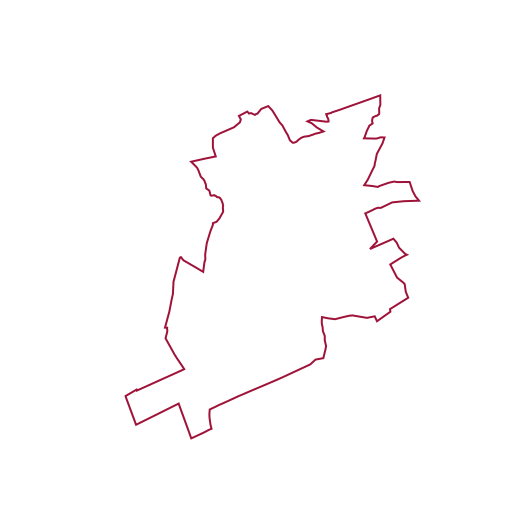 Cantamayec, Yucatán, Mexico (Equal Earth projection), rotated 62°
{"feature_id": "50627088B95910287491923", "entity_name": "Cantamayec", "entity_type": "district", "adm_level": 2, "iso_a3": "MEX", "parent_name": "Mexico", "parent_adm1": "Yucatán", "projection": "equal_earth", "projection_center": [-89.083, 20.414], "detail": "fine", "context": "isolated", "style": "outline", "palette": "rose", "viewbox_px": 512, "rotation_deg": 62, "n_neighbors": 0, "source": "geoboundaries", "source_scale": "gbopen_adm2", "svg_char_len": 4514}
<svg xmlns="http://www.w3.org/2000/svg" viewBox="0 0 512 512"><g transform="rotate(62 256 256)"><path d="M188.6,80.8L187.8,80.2L187.5,80.0L186.1,79.3L183.4,78.0L181.0,75.3L172.5,70.9L166.2,113.6L164.8,121.7L165.0,122.2L164.1,126.1L163.7,127.4L164.5,127.6L165.4,127.5L165.9,127.6L166.3,127.8L167.0,127.9L167.8,127.8L168.5,127.9L169.0,127.9L170.2,128.3L170.9,128.6L171.3,128.8L170.6,130.6L161.6,143.6L161.3,147.3L164.9,144.5L171.2,141.9L177.7,137.9L177.4,139.8L177.1,141.0L177.0,141.9L176.9,142.6L176.6,143.6L176.3,144.5L176.1,145.5L175.9,146.0L175.7,147.2L175.7,147.9L175.5,149.1L175.2,150.5L175.2,151.1L175.1,151.9L174.9,152.6L174.8,153.4L174.7,153.8L174.3,154.4L174.1,155.2L173.7,156.3L173.3,157.2L173.1,158.3L173.0,158.9L172.9,160.9L173.0,161.5L173.2,163.0L173.4,164.1L173.6,164.9L174.0,166.0L174.1,166.7L174.1,166.9L173.9,168.7L173.8,169.2L173.7,169.5L173.2,170.4L169.9,171.7L169.4,171.7L164.4,171.2L162.8,171.2L160.9,171.4L156.7,171.4L155.0,171.4L153.2,171.4L149.1,172.4L147.8,172.5L144.5,172.7L143.7,172.7L137.5,173.1L135.0,173.3L129.4,174.8L128.6,182.3L131.0,187.9L130.7,189.2L130.9,190.7L127.5,193.3L126.9,195.3L126.6,195.3L124.4,195.9L124.3,205.3L128.3,205.3L130.4,207.4L130.7,208.6L131.4,212.2L132.0,214.8L131.4,223.0L130.8,230.0L130.9,235.2L131.8,238.8L140.1,243.2L149.2,244.8L145.9,255.9L144.7,260.3L142.3,269.0L145.8,267.9L146.8,267.6L150.3,266.6L152.9,266.6L159.9,267.5L160.4,267.4L161.1,267.2L161.9,266.9L162.6,266.7L163.1,266.4L163.6,266.4L164.2,266.4L165.0,266.2L165.5,266.2L166.4,266.4L167.0,266.5L167.4,266.6L168.5,266.5L170.4,267.1L171.5,267.6L172.9,268.2L174.1,267.7L175.8,266.7L176.3,266.6L177.4,266.7L179.2,267.2L180.4,267.5L180.8,267.6L181.3,267.6L181.7,267.0L182.1,266.3L182.4,265.7L182.5,265.0L182.8,264.1L183.6,263.9L184.4,263.1L184.8,263.0L185.3,263.0L185.6,262.7L185.9,262.5L186.4,261.9L186.5,261.5L187.1,261.0L187.6,260.6L187.9,260.6L188.5,260.5L188.9,260.5L190.0,260.2L190.7,260.4L191.1,260.4L192.5,260.6L192.9,260.6L193.4,260.6L194.0,260.8L195.0,261.1L195.7,261.2L196.0,261.3L196.5,261.8L197.1,262.2L197.9,262.6L198.4,262.8L198.8,263.1L199.7,263.3L200.0,263.6L201.1,264.0L201.9,264.8L205.7,270.8L207.3,274.7L206.8,278.6L208.3,279.5L212.7,284.6L221.4,293.3L224.5,295.6L231.0,300.3L234.8,302.1L236.3,303.2L236.7,304.0L245.2,310.1L239.9,313.3L225.7,322.1L221.8,322.8L221.7,324.0L240.2,341.1L241.5,341.8L250.5,347.2L255.2,351.2L264.5,358.7L275.9,369.4L276.5,370.0L276.8,369.5L277.6,368.1L278.4,368.6L278.7,368.8L279.3,369.0L279.8,369.1L280.3,369.3L280.7,369.6L281.4,370.2L281.8,370.5L282.8,371.4L283.2,371.7L283.7,372.3L284.2,372.7L285.0,373.4L285.8,374.1L286.2,374.5L292.7,374.4L295.7,374.3L296.9,374.3L297.0,374.3L297.3,374.3L298.4,374.3L301.8,374.2L304.8,374.2L305.8,374.1L306.6,374.0L307.4,374.0L308.2,373.9L308.4,373.9L309.7,373.8L311.2,373.6L311.7,373.6L312.1,373.5L320.9,372.6L322.2,372.5L322.1,374.7L318.9,424.4L317.9,424.2L318.4,436.9L320.4,437.3L343.4,440.4L348.7,441.1L350.0,393.6L379.3,397.7L386.6,398.8L386.8,396.0L387.4,384.0L387.4,380.1L387.5,378.0L387.7,376.4L384.9,375.7L383.3,375.3L380.0,374.1L377.1,373.0L374.3,371.7L371.8,370.2L369.8,368.9L370.1,362.1L370.2,358.3L370.5,355.2L371.6,336.5L371.7,335.7L372.6,324.7L374.2,306.5L375.4,291.9L377.2,259.0L375.4,252.1L377.8,244.5L371.1,238.5L368.4,236.4L362.8,234.9L358.8,232.8L353.8,232.2L349.8,230.5L347.7,230.0L345.2,229.0L340.9,226.4L345.0,221.4L348.9,215.9L351.2,206.5L352.8,200.8L353.4,199.8L353.7,198.8L362.7,187.1L365.0,179.5L370.4,179.8L368.3,163.5L365.8,162.6L364.3,141.2L359.2,140.7L357.7,140.5L357.2,140.3L350.6,137.9L350.1,138.1L349.0,138.3L341.3,141.6L326.5,141.4L325.6,128.8L325.6,126.2L325.6,123.3L325.7,122.2L324.2,123.3L315.8,125.8L310.1,125.5L305.2,126.6L305.1,128.7L303.3,152.1L300.1,142.3L269.7,139.5L270.0,135.4L270.2,128.8L270.3,127.6L270.7,125.7L272.1,123.2L272.6,110.6L277.0,99.8L283.7,86.1L278.3,87.2L272.3,87.2L262.8,85.6L256.9,96.8L255.3,98.8L254.6,100.9L254.2,102.5L253.6,104.6L252.1,114.6L252.3,115.8L250.1,118.8L250.0,119.0L249.1,120.0L244.3,127.2L241.1,121.5L234.0,111.8L232.8,110.0L231.7,108.7L230.1,107.7L227.9,105.7L222.6,101.4L215.9,91.4L211.7,86.9L209.7,90.3L209.0,94.1L208.1,96.0L202.8,105.4L201.7,103.8L200.7,102.9L200.4,102.5L199.6,101.6L199.1,101.0L198.7,100.6L197.8,99.7L197.5,99.3L197.2,98.9L196.6,98.0L195.8,97.1L195.4,96.3L194.1,94.7L194.1,94.1L193.7,90.8L193.5,90.6L192.9,90.6L192.0,90.4L190.9,89.9L189.8,89.1L189.4,88.6L189.0,88.3L188.5,87.9L188.5,86.3L188.5,85.7L188.6,84.4L189.0,83.2L188.7,82.4L188.6,81.5L188.6,80.8Z" fill="none" stroke="#9f1239" stroke-width="2"/></g></svg>